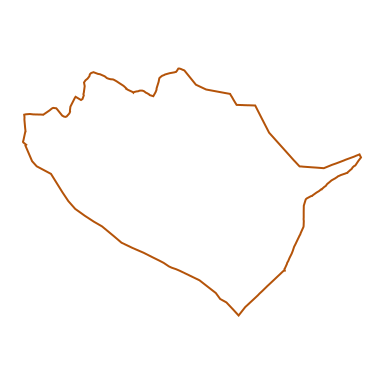 outline of San Pedro Jicayán, Oaxaca, Mexico
{"feature_id": "50627088B38884346620814", "entity_name": "San Pedro Jicayán", "entity_type": "district", "adm_level": 2, "iso_a3": "MEX", "parent_name": "Mexico", "parent_adm1": "Oaxaca", "projection": "albers", "projection_center": [-98.034, 16.464], "detail": "fine", "context": "isolated", "style": "outline", "palette": "amber", "viewbox_px": 384, "rotation_deg": 0, "n_neighbors": 0, "source": "geoboundaries", "source_scale": "gbopen_adm2", "svg_char_len": 3198}
<svg xmlns="http://www.w3.org/2000/svg" viewBox="0 0 384 384"><path d="M359.5,154.4L357.8,155.1L356.2,155.7L354.2,156.6L345.4,159.8L344.3,160.3L339.1,162.3L335.9,163.5L332.1,164.8L326.5,167.1L323.8,168.2L316.3,167.6L313.2,167.4L303.5,166.7L301.5,166.5L299.6,166.4L298.8,165.6L294.9,161.4L294.0,160.5L289.1,155.0L289.0,154.9L269.1,132.7L261.5,117.9L255.2,105.5L249.6,105.3L245.2,105.2L243.1,105.1L237.2,104.9L236.6,104.9L235.9,103.7L235.5,103.1L233.5,99.8L232.0,97.1L230.9,95.4L230.1,93.9L225.0,93.0L206.1,89.5L195.9,84.7L184.5,70.6L183.7,70.1L182.7,69.8L181.2,69.1L179.7,68.6L178.8,68.5L178.3,68.6L177.3,70.2L177.1,70.6L175.9,72.0L175.4,72.0L174.6,72.3L169.6,73.2L165.0,74.5L164.2,75.0L162.1,75.8L160.7,76.9L159.5,78.0L159.3,78.3L158.6,81.9L156.6,88.3L156.5,89.8L155.6,92.1L153.3,96.2L149.7,95.1L149.4,94.8L149.0,94.3L148.4,94.0L147.3,93.3L146.1,92.8L143.8,91.1L142.2,90.6L140.8,90.6L140.2,90.6L139.4,90.7L138.4,91.2L137.1,91.4L136.6,91.4L133.5,92.2L133.6,92.3L133.4,92.7L133.0,92.3L132.6,92.1L132.4,91.9L129.4,90.5L128.1,89.9L127.0,89.3L126.2,88.8L126.4,88.5L124.7,86.9L123.6,85.9L122.1,84.9L119.6,83.3L116.6,81.3L114.3,80.0L113.5,79.6L112.8,79.4L111.5,79.3L110.4,79.2L108.5,78.7L106.9,78.1L104.7,76.3L99.9,74.2L98.0,73.9L94.0,72.4L93.5,72.2L91.2,73.0L90.1,74.0L89.8,74.5L89.6,75.5L89.4,76.2L88.9,76.9L87.5,78.7L85.5,80.3L84.0,82.5L84.7,86.1L83.8,92.7L83.4,94.2L83.8,95.3L82.5,99.0L81.0,100.0L76.1,97.1L75.6,96.8L74.9,97.8L71.9,103.7L70.4,106.7L70.0,110.0L69.9,111.2L70.1,111.7L69.3,113.5L66.6,116.5L65.4,116.9L64.0,116.6L62.2,115.6L57.4,109.6L56.3,108.3L53.3,107.9L52.6,108.1L51.6,108.7L49.7,110.3L43.1,114.8L42.4,114.6L33.3,114.4L29.9,114.0L25.9,114.3L24.2,114.7L24.5,117.3L24.4,119.4L24.4,119.6L25.1,127.6L25.5,131.2L25.4,131.2L23.5,140.0L23.0,141.8L23.1,142.1L23.3,142.4L23.4,142.5L26.2,144.8L25.6,145.4L25.4,145.6L32.1,161.2L36.7,166.3L51.0,173.9L62.5,192.4L68.4,201.2L75.2,208.9L81.1,213.1L84.7,215.7L93.9,221.7L102.2,226.5L103.0,227.2L114.0,236.3L121.5,242.7L132.6,248.0L143.7,252.8L152.4,257.2L159.3,260.6L163.7,262.9L168.9,266.4L171.7,267.7L176.1,269.2L179.6,270.7L199.5,280.3L203.2,283.2L210.9,289.2L215.8,293.0L220.2,299.0L226.4,302.4L233.4,309.8L238.6,315.5L245.2,307.1L254.6,298.4L258.0,295.2L259.5,293.6L262.3,291.0L266.6,286.8L267.4,286.0L268.3,285.2L273.1,280.7L276.9,277.1L282.3,272.0L283.6,270.8L284.8,270.6L284.4,269.1L284.8,268.6L286.9,264.0L287.2,262.8L288.2,261.1L289.5,258.0L291.6,253.8L291.7,253.6L292.8,250.8L294.1,246.8L295.9,243.3L296.1,242.8L298.4,238.0L299.3,236.2L299.5,235.6L300.2,234.6L300.6,233.3L302.3,229.5L303.4,227.1L303.6,226.2L303.8,221.0L303.6,219.2L303.7,217.5L303.7,211.5L303.8,205.8L303.8,205.7L305.6,199.8L305.9,199.2L306.8,198.4L310.9,196.2L312.2,195.9L312.3,195.6L316.6,192.5L319.0,191.1L321.3,189.2L321.7,189.4L322.5,188.5L324.3,186.9L325.8,185.9L326.9,184.3L328.1,183.2L328.3,183.1L330.0,181.7L331.5,180.4L334.7,178.6L334.8,178.6L335.2,178.3L337.2,177.0L338.0,176.3L339.3,175.8L340.7,175.1L344.5,173.8L345.4,173.5L346.3,173.1L347.4,172.9L347.6,172.4L349.1,171.1L350.3,170.0L351.7,168.9L352.6,167.4L354.2,166.0L355.3,165.5L358.5,160.7L359.8,159.0L360.6,158.0L361.0,157.4L360.0,155.5L359.5,154.4Z" fill="none" stroke="#b45309" stroke-width="2"/></svg>